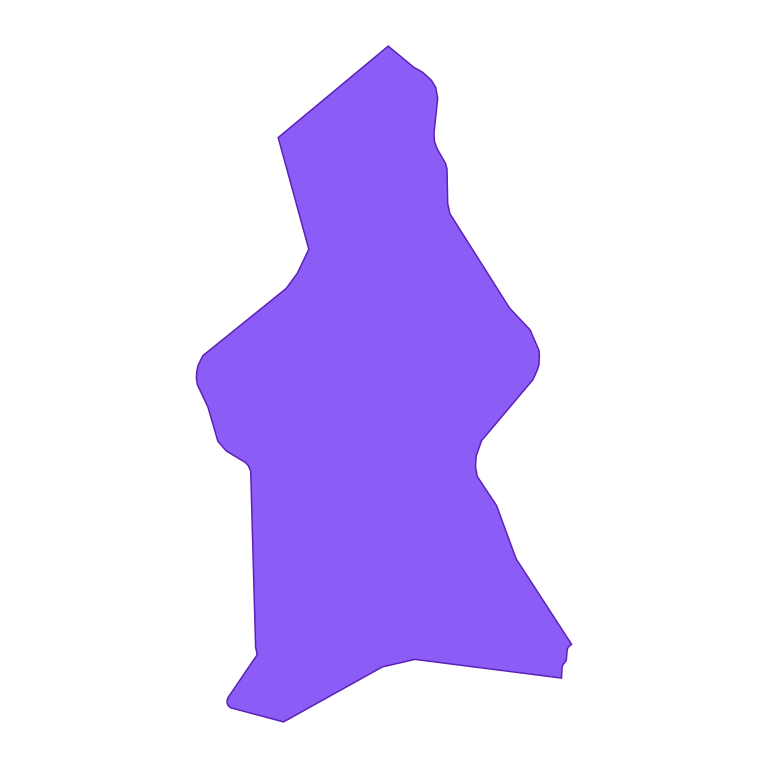 map outline of Lambeth (Equal Earth projection)
{"feature_id": "GBR-2768", "entity_name": "Lambeth", "entity_type": "London Borough", "adm_level": 1, "iso_a3": "GBR", "parent_name": "United Kingdom", "parent_adm1": "", "projection": "equal_earth", "projection_center": [-0.106, 51.457], "detail": "fine", "context": "isolated", "style": "filled", "palette": "violet", "viewbox_px": 768, "rotation_deg": 0, "n_neighbors": 0, "source": "natural_earth", "source_scale": "10m", "svg_char_len": 929}
<svg xmlns="http://www.w3.org/2000/svg" viewBox="0 0 768 768"><path d="M283.5,721.9L230.8,707.9L228.2,705.7L227.1,703.2L227.1,700.4L227.9,697.7L257.2,654.7L255.6,647.2L250.7,471.3L248.4,465.8L245.6,462.7L226.3,451.0L217.9,441.3L207.9,406.9L197.3,384.6L196.4,378.1L196.7,371.7L198.0,365.6L202.8,355.7L286.2,288.4L297.3,273.3L308.8,249.2L278.2,137.6L279.2,136.7L364.5,65.8L388.2,46.1L413.8,67.3L422.7,72.3L431.3,80.2L435.7,87.4L437.7,98.1L434.0,133.3L434.5,141.4L437.1,148.7L445.5,163.4L447.0,168.8L447.7,203.6L449.9,213.7L509.6,308.1L530.2,330.0L539.0,350.5L539.4,355.2L539.0,364.7L537.5,369.5L533.0,379.6L481.6,440.6L476.2,455.9L475.5,466.5L477.3,476.5L496.6,505.6L516.1,558.8L571.6,644.3L569.0,646.5L568.1,647.5L567.6,648.6L567.0,651.7L566.6,657.2L566.3,659.8L565.9,661.0L562.9,664.8L562.5,666.2L562.0,667.5L561.9,670.2L561.5,678.1L414.9,659.4L382.4,666.9L283.5,721.9Z" fill="#8b5cf6" stroke="#5b21b6" stroke-width="1.5"/></svg>